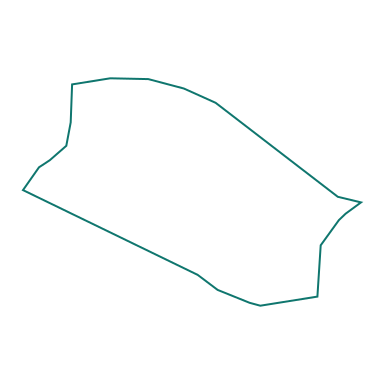 map outline of Jesenice (Equal Earth projection)
{"feature_id": "SVN-258", "entity_name": "Jesenice", "entity_type": "Municipality", "adm_level": 1, "iso_a3": "SVN", "parent_name": "Slovenia", "parent_adm1": "", "projection": "equal_earth", "projection_center": [14.07, 46.444], "detail": "fine", "context": "isolated", "style": "outline", "palette": "teal", "viewbox_px": 384, "rotation_deg": 0, "n_neighbors": 0, "source": "natural_earth", "source_scale": "10m", "svg_char_len": 368}
<svg xmlns="http://www.w3.org/2000/svg" viewBox="0 0 384 384"><path d="M110.2,78.3L148.3,79.1L183.8,88.5L215.6,102.8L337.8,196.8L361.0,202.4L345.6,213.7L338.9,220.1L320.7,245.3L317.4,296.6L260.3,305.7L249.6,302.8L217.6,289.9L197.7,274.9L23.0,190.1L39.0,167.3L49.8,160.2L66.3,145.8L70.7,122.4L72.1,84.4L110.2,78.3Z" fill="none" stroke="#0f766e" stroke-width="2"/></svg>